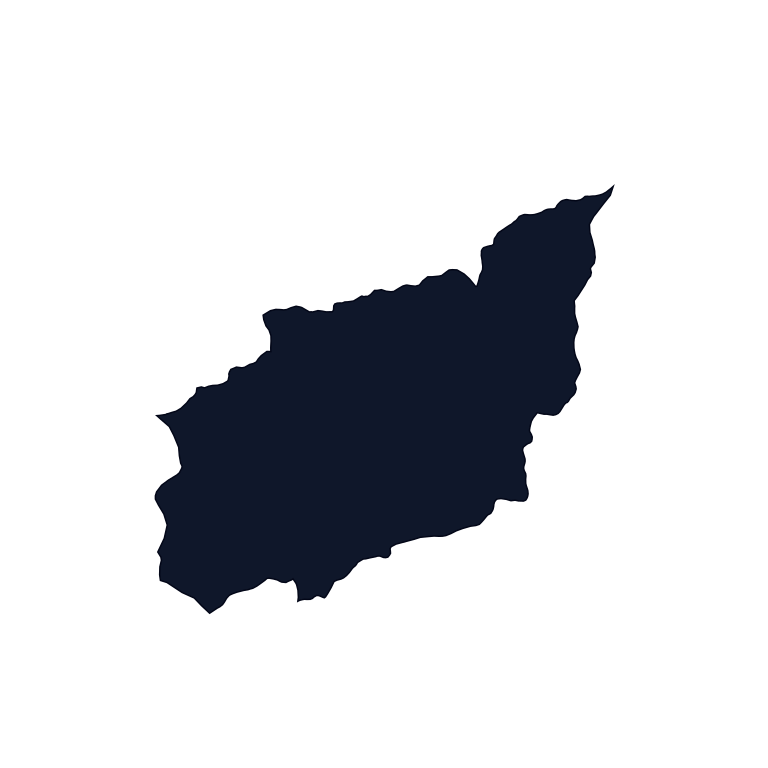 the district of Wangphu, Samdrup Jongkhar, Bhutan, rotated 30°
{"feature_id": "84629894B93553850800927", "entity_name": "Wangphu", "entity_type": "district", "adm_level": 2, "iso_a3": "BTN", "parent_name": "Bhutan", "parent_adm1": "Samdrup Jongkhar", "projection": "orthographic", "projection_center": [91.626, 26.976], "detail": "fine", "context": "isolated", "style": "filled", "palette": "ink", "viewbox_px": 768, "rotation_deg": 30, "n_neighbors": 0, "source": "geoboundaries", "source_scale": "gbopen_adm2", "svg_char_len": 5461}
<svg xmlns="http://www.w3.org/2000/svg" viewBox="0 0 768 768"><g transform="rotate(30 384 384)"><path d="M347.6,669.7L351.5,661.7L353.2,659.0L354.5,655.8L354.8,652.4L354.8,648.3L355.2,646.3L355.6,644.5L356.3,643.3L357.9,641.1L360.7,637.8L365.7,632.9L369.1,630.1L370.5,628.5L372.5,626.5L374.9,622.6L376.7,618.7L379.0,613.5L379.8,610.9L381.5,609.6L383.2,609.0L385.6,608.1L387.8,607.5L389.6,607.0L392.6,606.9L394.4,606.7L398.3,604.9L399.7,602.7L402.0,599.7L402.5,598.2L407.1,600.4L408.7,601.5L412.6,605.6L416.5,611.6L418.0,615.2L419.2,613.4L421.3,611.4L422.7,610.2L425.1,609.0L427.8,607.3L429.2,605.5L429.9,603.3L431.4,600.8L433.5,599.8L435.7,599.5L437.6,599.3L439.2,599.0L439.8,597.6L440.0,593.5L440.0,586.8L439.5,580.0L441.3,577.4L444.3,574.4L445.9,572.1L447.3,568.5L448.2,564.5L448.8,559.3L449.3,557.7L450.1,555.6L450.3,553.8L450.3,551.8L452.5,547.7L453.6,545.9L455.6,544.5L458.9,541.4L463.0,537.8L464.6,536.1L466.6,535.0L470.2,534.5L472.2,533.6L473.9,532.0L474.3,529.5L474.3,527.4L472.9,525.3L471.6,523.7L471.5,521.4L474.4,516.7L487.9,503.2L492.1,498.6L498.4,494.1L503.4,490.6L507.9,488.3L510.9,486.4L513.4,484.3L516.7,480.1L520.0,475.0L524.5,469.6L530.0,463.9L534.3,460.6L536.7,457.9L537.4,455.4L538.2,451.6L538.8,447.8L539.2,445.7L541.1,442.7L541.2,439.4L541.0,437.8L540.3,435.5L539.3,433.3L538.7,431.0L538.8,428.8L539.6,426.9L542.6,424.7L547.6,422.7L552.3,421.6L555.6,419.1L558.9,418.0L563.4,415.6L564.8,413.7L564.9,412.0L564.8,410.6L564.5,409.2L563.7,407.1L561.9,404.5L560.8,403.4L558.0,400.9L556.5,399.3L554.3,395.7L552.9,392.7L551.5,390.8L548.6,388.8L547.0,387.1L546.2,385.2L545.4,381.9L544.8,380.3L543.6,378.4L541.8,376.7L539.2,374.3L537.1,372.1L536.5,370.5L536.2,368.9L537.6,365.3L538.4,363.7L539.9,361.9L540.5,359.8L539.9,357.9L538.9,355.8L536.8,354.0L534.1,352.4L533.1,351.3L532.1,348.8L531.5,346.9L530.3,342.7L530.2,338.8L531.1,332.2L533.5,331.5L537.5,330.2L540.2,328.7L543.4,327.5L546.1,326.4L548.0,324.7L549.5,322.4L550.1,319.9L550.3,314.1L550.3,312.8L550.6,310.8L551.0,309.4L551.9,308.3L552.3,306.7L552.3,303.4L552.8,301.5L553.7,298.4L553.8,295.9L552.9,292.2L551.4,290.3L549.6,288.7L548.5,287.7L548.0,285.2L547.8,281.7L547.7,276.7L546.8,273.2L543.0,269.3L540.3,267.2L537.1,265.1L534.4,262.6L532.3,260.2L530.5,257.9L527.6,253.2L526.1,249.9L525.2,246.5L524.9,243.2L524.2,239.9L523.4,237.4L520.2,234.1L516.2,230.3L513.8,227.6L511.3,223.3L510.2,221.2L508.5,218.9L507.0,216.7L507.8,210.4L508.4,198.0L508.1,191.9L508.9,187.2L507.8,183.8L505.1,181.0L504.8,179.5L505.6,174.2L503.5,168.6L501.7,166.3L500.0,163.6L498.3,161.6L495.2,158.4L492.5,155.4L486.5,149.8L482.1,143.1L482.0,141.2L481.9,138.3L481.8,134.1L482.4,130.1L484.0,117.9L485.6,107.4L483.7,98.3L482.8,101.0L481.5,104.2L480.6,106.6L478.4,110.2L476.1,112.7L472.9,115.6L470.6,117.0L469.1,118.1L467.9,119.0L466.3,119.7L464.4,121.0L463.3,124.1L462.1,126.2L458.6,129.4L456.7,130.2L455.0,131.1L453.7,131.6L452.4,132.1L450.0,132.9L448.7,134.0L447.1,135.6L446.1,137.0L445.5,138.7L444.8,141.5L444.6,143.5L444.8,145.0L444.2,146.8L442.8,148.0L441.0,149.0L438.6,150.7L437.5,151.8L436.1,153.7L434.8,156.3L433.2,158.2L431.6,160.0L429.5,162.1L427.6,163.5L425.1,165.0L423.3,165.8L421.1,166.9L420.1,167.8L418.5,169.8L417.4,171.3L417.2,173.1L417.0,174.9L416.5,176.9L415.7,178.1L414.9,180.7L414.5,181.9L413.5,183.5L411.9,186.6L410.1,190.4L409.1,192.4L408.5,193.7L407.9,194.8L407.3,197.0L407.3,200.1L407.0,202.8L407.4,204.2L408.0,205.6L408.7,207.1L409.1,208.3L408.1,210.2L406.7,211.3L404.7,213.2L403.2,214.9L402.2,216.0L401.8,217.2L401.7,218.6L401.9,220.2L402.7,221.5L404.0,224.1L405.7,226.1L407.3,228.1L408.6,230.0L409.5,231.1L410.7,232.7L412.2,235.7L412.6,238.5L412.6,241.2L413.0,242.9L414.0,245.9L414.6,248.2L415.2,250.8L415.6,252.8L414.5,253.7L411.0,252.3L405.2,250.2L398.4,248.7L390.2,248.7L386.1,250.8L383.4,252.7L381.8,256.3L379.8,261.2L377.7,263.1L372.1,267.1L368.2,269.4L367.8,270.7L366.0,275.3L365.7,277.4L365.2,280.7L362.3,283.6L358.1,285.5L354.3,286.9L353.2,287.8L351.3,289.8L349.0,293.8L346.2,299.0L343.8,300.7L339.5,302.6L334.6,303.6L331.5,306.2L329.0,307.7L328.4,310.3L327.7,313.2L326.2,316.2L324.1,317.4L322.9,318.5L320.9,318.9L320.1,320.0L318.3,323.5L316.1,327.4L313.7,329.3L311.2,331.2L309.0,332.6L307.3,334.8L305.4,335.8L303.0,337.4L301.4,339.3L301.4,341.4L303.0,344.6L303.4,345.9L303.0,347.4L297.8,350.5L293.8,351.9L290.1,353.5L286.1,357.4L284.8,357.9L283.5,358.9L279.4,358.9L274.5,358.9L272.8,359.3L269.0,360.6L265.3,364.5L262.5,368.2L260.1,370.0L257.4,371.2L253.0,373.5L249.0,377.3L247.3,380.4L244.9,384.8L247.7,388.4L252.8,392.7L257.4,394.7L261.9,398.6L264.7,403.2L267.8,409.2L269.8,412.5L267.4,413.8L266.3,414.4L265.3,416.7L263.5,420.8L262.6,425.0L262.4,428.8L260.6,431.6L258.0,434.1L255.0,439.2L252.9,441.0L247.7,443.2L246.4,445.0L244.1,447.9L244.1,450.5L244.6,452.9L245.8,454.5L247.1,458.5L247.1,459.7L244.5,464.2L240.6,468.2L236.4,470.9L233.3,473.6L230.5,477.1L227.3,477.9L224.0,481.0L224.7,482.8L225.7,485.2L225.7,487.6L225.1,490.4L223.3,493.7L222.6,499.1L220.4,506.5L217.6,511.5L214.4,514.8L212.0,517.5L210.9,518.4L210.2,519.6L205.4,523.4L203.1,525.0L208.3,526.1L219.3,528.2L227.7,533.6L237.8,541.4L242.7,548.5L247.5,554.2L250.0,555.9L250.7,557.0L251.0,558.7L251.2,563.2L250.1,566.4L245.4,575.0L242.0,582.9L241.0,591.1L241.9,595.1L243.6,598.0L249.2,601.6L258.4,606.7L266.8,614.5L270.9,627.6L272.1,642.6L277.4,645.5L279.4,648.0L281.3,654.3L285.1,661.4L288.6,665.9L295.3,664.4L313.4,665.5L326.7,664.2L336.9,667.2L347.6,669.7Z" fill="#0f172a" stroke="#020617" stroke-width="1.5"/></g></svg>